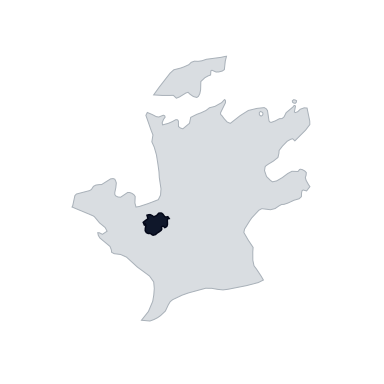 where Saatlı sits in Azerbaijan, rotated 115°
{"feature_id": "AZE-1713", "entity_name": "Saatlı", "entity_type": "District", "adm_level": 1, "iso_a3": "AZE", "parent_name": "Azerbaijan", "parent_adm1": "", "projection": "robinson", "projection_center": [48.434, 39.807], "detail": "fine", "context": "in_parent", "style": "filled", "palette": "ink", "viewbox_px": 384, "rotation_deg": 115, "n_neighbors": 0, "source": "natural_earth", "source_scale": "10m", "svg_char_len": 3947}
<svg xmlns="http://www.w3.org/2000/svg" viewBox="0 0 384 384"><g transform="rotate(115 192 192)"><path d="M256.3,294.4L254.9,294.3L244.8,296.6L242.7,295.9L234.0,285.4L232.2,284.2L228.5,283.7L226.3,282.0L224.5,279.2L223.5,277.1L214.5,271.3L213.2,269.2L213.0,267.4L214.3,265.8L215.8,264.4L220.2,262.9L225.3,261.7L227.0,260.8L227.8,259.3L227.8,256.9L226.9,254.5L219.6,250.1L218.8,248.2L218.6,245.9L219.0,243.5L220.1,241.6L226.1,239.1L229.3,236.4L227.3,233.5L220.9,226.7L213.2,219.3L208.1,219.2L202.3,221.4L192.8,227.7L187.6,230.5L180.8,234.9L173.4,239.9L167.3,245.2L163.5,249.6L156.8,251.5L153.3,255.2L142.0,266.2L138.8,266.1L138.6,260.6L138.8,256.3L138.1,253.8L134.5,250.4L134.5,248.9L135.5,248.0L138.3,248.5L141.9,248.3L143.6,247.0L139.8,242.5L136.4,239.5L133.5,237.4L132.8,236.2L132.8,235.4L133.5,234.3L138.4,231.9L138.9,229.6L138.6,227.0L130.8,223.3L124.9,224.7L119.6,220.5L116.3,217.2L112.1,213.7L108.3,211.8L104.7,207.4L98.5,202.9L94.5,201.6L94.6,200.9L95.3,200.1L97.0,199.4L108.2,199.6L109.6,198.8L110.3,196.9L111.9,194.0L113.7,189.8L113.6,186.3L102.4,180.6L94.3,175.4L88.8,168.5L85.0,162.2L85.2,160.0L86.3,158.0L95.1,152.2L95.7,150.7L95.5,149.7L92.5,146.7L88.6,143.7L87.4,141.4L85.0,140.3L80.3,140.2L72.2,136.4L70.4,136.0L70.1,135.3L70.5,134.5L76.3,133.0L76.3,131.8L74.5,130.1L71.3,128.9L68.3,125.9L67.3,123.2L77.9,115.3L81.1,113.7L87.9,115.2L102.2,120.4L101.2,123.3L102.6,124.9L105.8,127.2L112.1,129.4L117.5,130.6L120.2,129.6L124.3,128.7L129.6,131.3L134.5,134.6L136.9,136.0L138.2,136.4L142.0,135.3L146.5,131.0L148.3,125.9L148.8,123.4L146.2,120.0L140.9,116.3L134.9,113.1L131.0,110.2L128.6,104.6L126.1,104.0L125.5,103.3L125.1,101.3L125.3,98.6L126.1,96.6L128.6,95.7L131.0,95.4L133.3,93.4L136.1,89.5L137.3,87.4L142.6,88.6L143.2,92.1L144.2,92.8L146.3,92.4L150.0,90.9L152.8,92.0L156.5,96.2L161.6,100.5L164.4,103.5L165.4,105.5L168.0,107.4L171.9,109.7L174.9,113.4L177.6,121.7L180.3,123.7L190.2,126.9L193.7,127.5L203.4,128.7L206.8,127.9L211.9,120.6L216.4,113.2L220.6,111.6L228.2,108.0L232.7,104.6L234.6,101.0L238.9,94.0L241.6,90.1L246.0,93.6L253.8,103.0L264.9,118.2L267.6,122.5L269.4,127.6L271.0,133.6L273.5,139.0L284.9,152.5L289.8,157.5L297.7,164.0L300.6,165.4L304.3,165.8L311.1,165.8L317.4,168.3L320.5,170.1L323.8,172.7L326.7,175.6L329.6,183.6L318.7,181.0L307.7,181.4L301.5,183.1L295.4,185.4L289.7,188.7L286.1,195.0L283.1,209.9L278.7,223.8L278.8,230.3L280.8,236.5L280.6,239.4L278.6,240.6L276.0,243.3L272.6,256.1L270.9,258.6L268.7,260.2L268.1,258.7L268.2,255.3L263.4,252.4L260.9,255.7L259.1,262.7L255.6,270.1L255.4,271.6L256.3,294.4ZM93.6,163.5L94.1,161.5L92.8,160.6L91.3,160.6L90.1,161.6L90.0,164.0L91.8,164.5L93.6,163.5ZM56.7,221.3L55.1,219.2L54.4,218.1L59.2,217.2L67.4,214.4L69.6,215.7L71.9,218.5L73.1,220.9L73.2,225.4L74.2,226.1L78.1,224.6L79.9,226.4L82.9,228.6L88.1,230.7L95.7,227.4L99.5,226.5L102.6,226.6L104.3,227.6L104.9,231.1L104.2,235.3L103.3,237.7L104.9,239.4L111.1,243.5L113.6,245.8L112.3,249.7L116.9,259.4L118.4,263.2L120.2,267.8L110.7,266.0L93.6,262.1L88.9,260.1L84.5,254.7L81.9,252.1L78.0,248.7L74.8,247.5L72.4,245.1L71.0,241.7L69.0,238.6L65.6,235.0L57.7,222.6L56.7,221.3ZM68.1,138.9L67.0,139.6L65.4,138.9L65.0,137.4L65.1,135.8L66.7,135.4L68.0,135.9L68.4,137.3L68.1,138.9Z" fill="#d9dde1" stroke="#a8b0b8" stroke-width="1"/><path d="M233.6,200.3L234.8,200.8L235.8,201.6L235.5,202.4L235.1,203.4L235.6,204.3L236.4,204.8L237.0,204.8L237.5,204.3L238.5,203.7L239.8,203.8L241.9,204.9L243.9,206.2L246.0,207.1L247.6,209.0L247.6,210.2L247.2,211.3L247.4,212.8L248.1,214.1L248.1,216.2L246.9,218.0L244.6,219.0L242.2,219.5L240.8,220.6L242.1,221.2L240.1,223.4L237.6,222.2L234.8,220.6L232.1,223.0L231.0,221.8L230.2,220.3L230.2,219.0L230.3,217.6L230.5,216.9L230.6,216.1L228.3,214.1L225.3,213.2L224.5,212.0L224.0,210.6L224.4,209.0L225.2,207.6L225.9,206.3L225.7,204.9L225.1,204.2L224.6,203.5L225.1,202.5L225.7,201.5L226.6,202.7L227.6,202.6L228.9,202.0L230.2,201.3L231.9,200.5L233.6,200.3Z" fill="#0f172a" stroke="#020617" stroke-width="1.5"/></g></svg>